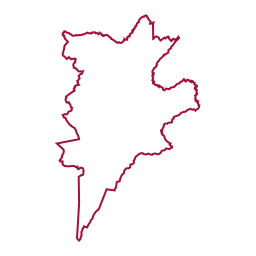 the district of Sullana, Piura, Peru
{"feature_id": "86281439B8738296483293", "entity_name": "Sullana", "entity_type": "district", "adm_level": 2, "iso_a3": "PER", "parent_name": "Peru", "parent_adm1": "Piura", "projection": "mercator", "projection_center": [-80.584, -4.688], "detail": "fine", "context": "isolated", "style": "outline", "palette": "rose", "viewbox_px": 256, "rotation_deg": 0, "n_neighbors": 0, "source": "geoboundaries", "source_scale": "gbopen_adm2", "svg_char_len": 5628}
<svg xmlns="http://www.w3.org/2000/svg" viewBox="0 0 256 256"><path d="M183.9,79.1L182.1,81.4L180.4,81.8L180.2,82.6L179.3,83.4L177.2,83.9L174.2,86.9L170.5,87.8L169.4,89.2L165.9,88.6L165.2,89.7L164.2,90.3L162.8,89.4L163.0,88.3L161.9,87.3L161.1,87.2L160.2,86.3L159.7,86.3L159.2,85.5L158.7,85.6L158.7,86.8L157.6,86.0L157.7,85.3L155.0,84.8L154.1,83.0L153.2,83.2L153.4,82.6L153.1,82.3L153.8,81.5L153.1,81.3L153.2,80.4L152.6,80.1L153.0,79.8L152.7,79.3L152.9,78.1L153.2,77.9L152.3,75.7L153.5,74.9L152.6,73.9L152.9,73.2L153.2,73.1L153.4,73.6L153.8,73.1L152.3,72.0L152.6,70.7L153.9,68.9L153.8,68.3L155.8,67.1L156.3,65.4L156.9,65.2L156.7,63.7L157.9,61.5L158.7,61.1L160.0,59.0L162.5,56.8L162.8,56.2L164.1,55.5L164.0,54.9L164.6,55.0L165.1,54.2L166.0,54.1L168.4,52.4L168.4,50.1L170.2,48.7L170.6,48.7L171.1,48.0L171.1,46.9L173.0,45.1L175.5,41.4L179.1,38.1L178.4,36.8L177.7,37.8L175.4,39.8L174.3,39.5L173.5,38.7L172.2,39.5L172.0,40.5L171.1,41.0L168.8,38.3L168.8,37.1L168.3,36.6L167.6,36.7L165.6,38.5L164.5,37.6L160.6,40.5L159.3,39.1L158.8,37.7L156.5,36.4L155.1,36.8L154.1,37.6L153.9,38.4L153.2,38.8L153.0,23.9L153.6,22.4L153.3,22.4L152.6,23.2L151.6,23.1L150.5,23.9L149.9,23.7L150.5,22.3L150.5,21.4L148.4,19.2L148.0,17.9L147.2,17.4L147.2,16.4L146.1,15.4L145.9,15.7L144.0,16.2L143.7,16.9L143.0,16.7L141.7,17.3L139.5,19.4L138.8,21.1L138.8,22.4L137.6,22.5L136.5,24.7L136.2,26.1L135.3,26.2L135.3,27.1L134.6,28.2L134.0,28.5L134.1,29.4L132.8,29.9L133.2,30.9L133.0,31.2L132.2,31.1L132.4,32.7L130.1,33.8L130.1,34.9L129.4,35.5L129.5,36.3L128.8,36.1L127.6,36.9L127.7,37.6L127.2,37.7L126.9,38.3L127.1,39.7L124.8,39.5L124.4,39.1L124.4,40.2L123.6,40.3L123.1,41.8L121.0,43.0L119.1,42.3L118.6,42.7L118.3,42.4L116.8,42.6L116.6,42.1L114.9,41.3L114.1,40.4L111.7,39.1L111.2,38.3L110.8,38.4L110.4,37.3L108.7,36.5L108.2,35.7L106.8,34.8L105.7,35.2L104.4,35.2L104.4,35.5L103.9,35.9L103.0,36.0L102.6,35.2L102.3,35.4L101.4,34.6L101.3,33.7L100.8,33.7L100.1,33.0L100.0,33.6L98.8,33.7L98.3,34.2L97.6,32.9L96.6,33.3L95.8,33.3L94.9,32.4L94.7,32.7L93.6,32.3L91.7,32.6L91.3,32.8L91.5,33.4L91.2,33.5L90.7,33.1L89.9,33.4L88.2,33.1L87.5,32.6L83.6,34.4L82.7,34.4L81.2,35.1L79.4,35.0L78.7,35.4L77.5,35.1L76.7,35.4L75.9,35.0L75.1,35.6L72.9,35.8L72.2,35.6L71.6,34.6L70.0,34.2L69.4,33.3L66.6,32.4L65.1,31.4L64.3,31.3L63.7,32.8L62.8,33.1L62.7,35.1L64.2,35.5L63.9,36.7L65.0,37.9L65.1,38.9L67.9,41.7L67.6,42.3L64.5,45.7L64.6,46.4L64.0,48.1L64.1,49.3L63.4,50.8L63.3,52.3L62.6,53.6L62.7,54.9L63.4,55.8L65.5,57.4L66.7,59.0L67.9,58.3L68.6,57.2L69.7,57.7L70.9,59.2L74.2,58.6L75.6,58.8L75.7,59.8L75.0,60.8L75.3,62.3L73.7,63.5L73.2,65.2L74.1,67.2L73.8,67.7L75.8,68.4L76.0,68.8L77.0,69.2L77.3,70.1L78.7,71.4L80.8,71.3L82.0,71.8L82.8,71.4L82.0,73.7L80.7,73.9L78.6,76.0L79.6,78.5L78.8,79.3L78.3,80.3L77.2,81.0L78.0,82.8L77.7,83.4L78.8,84.8L77.8,84.9L77.0,85.5L75.6,85.5L74.7,86.4L74.6,86.9L75.0,87.6L73.8,88.6L73.9,89.6L74.6,90.6L74.4,91.1L72.8,91.5L72.3,92.2L71.1,92.8L65.9,96.7L66.4,97.9L65.5,99.1L65.9,101.2L67.1,102.7L67.9,102.3L69.0,102.3L69.3,103.6L70.2,104.3L70.8,106.9L72.2,107.8L71.6,108.8L71.7,110.0L71.2,110.7L68.6,111.7L67.0,114.4L64.9,114.2L62.7,115.0L64.1,117.7L65.4,117.7L66.5,120.4L70.1,125.2L71.0,125.5L72.2,126.7L74.6,128.0L74.8,128.7L75.7,129.6L76.5,132.5L78.3,136.1L79.1,139.2L56.9,143.5L63.6,149.7L63.8,151.7L63.2,153.8L61.8,156.0L62.0,157.4L59.6,160.5L60.1,160.9L60.2,161.5L60.9,161.7L62.5,161.3L62.7,163.1L62.5,164.0L63.3,165.3L64.0,165.4L65.0,166.2L66.4,166.0L67.8,166.4L69.3,166.3L72.9,165.9L74.7,166.2L75.7,167.1L77.4,166.6L77.7,167.3L77.5,168.5L78.0,169.1L78.8,169.0L80.4,167.8L81.5,167.7L82.8,168.2L83.2,169.1L83.6,171.2L83.3,172.0L83.4,173.6L82.9,174.8L81.7,175.3L81.2,175.1L78.7,176.8L79.1,203.4L77.0,238.3L79.0,240.6L80.2,239.3L80.7,238.0L80.8,236.6L81.6,235.4L81.4,232.1L82.4,230.0L82.7,228.2L84.0,227.4L84.0,226.4L87.1,227.4L88.6,224.3L90.1,222.3L90.8,220.4L92.5,218.5L93.3,215.7L94.1,214.2L95.6,211.9L98.9,209.0L106.6,189.3L114.6,190.4L114.5,189.9L116.0,187.2L116.8,182.0L119.6,181.3L120.2,178.8L121.8,175.0L124.0,172.9L124.2,170.7L126.0,168.5L127.9,168.2L128.5,168.4L130.1,167.3L130.4,164.5L132.1,164.3L133.8,163.0L134.0,162.4L133.6,160.5L134.5,159.9L135.3,157.4L136.3,156.2L139.7,153.6L142.4,153.1L144.0,154.2L144.8,154.2L145.8,154.6L148.1,153.6L150.3,154.5L152.2,154.8L152.7,154.1L154.4,153.6L155.5,153.5L156.8,154.1L158.6,154.2L160.7,152.8L161.7,150.8L164.9,150.1L165.8,148.5L169.4,149.0L170.7,148.3L171.5,147.3L172.0,147.4L171.8,146.2L171.0,146.2L169.6,144.6L170.5,143.4L168.3,142.4L165.7,140.1L164.6,138.0L164.5,136.8L163.8,135.5L162.5,134.9L162.1,134.1L162.3,133.5L161.7,133.3L161.9,132.1L161.5,132.2L161.2,131.7L161.1,130.3L162.2,130.2L162.6,128.5L163.8,126.5L163.6,125.6L164.4,124.0L165.4,123.6L167.3,123.7L167.8,123.0L170.2,122.4L171.4,122.7L171.8,122.4L172.3,119.3L172.8,118.7L173.7,118.6L174.0,116.8L179.0,115.1L181.0,113.0L182.6,112.2L185.7,111.6L187.6,109.8L188.9,109.6L190.4,108.8L192.4,109.7L193.5,109.3L194.4,109.5L195.4,110.7L195.8,110.1L198.2,108.5L199.1,106.7L198.9,105.6L199.1,105.4L198.6,105.2L198.7,104.7L197.7,103.0L197.9,102.5L197.6,102.1L197.9,101.4L196.6,101.5L196.7,100.9L196.1,100.8L196.3,100.3L195.9,99.8L195.4,99.8L195.1,98.9L195.7,97.5L195.0,95.6L196.0,94.9L196.3,94.2L196.8,94.5L197.1,94.0L196.5,93.5L196.9,92.5L196.3,91.3L196.8,90.0L196.0,89.5L195.9,88.8L195.4,89.1L195.2,88.5L194.8,88.5L195.1,87.2L196.7,86.8L197.1,86.1L196.6,85.4L196.0,85.4L194.9,84.4L194.4,84.4L194.2,83.8L194.6,82.9L193.1,82.1L192.8,81.2L191.7,80.9L192.2,82.0L191.8,82.3L191.4,81.6L190.3,81.7L190.1,81.2L189.1,80.9L188.5,79.9L187.5,79.7L186.5,80.4L186.0,81.5L185.0,81.0L184.3,80.0L184.4,79.3L183.9,79.1Z" fill="none" stroke="#9f1239" stroke-width="2"/></svg>